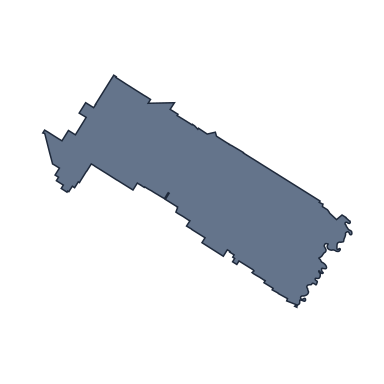 the district of Río Bravo, Tamaulipas, Mexico, rotated 122°
{"feature_id": "50627088B84741997482443", "entity_name": "Río Bravo", "entity_type": "district", "adm_level": 2, "iso_a3": "MEX", "parent_name": "Mexico", "parent_adm1": "Tamaulipas", "projection": "orthographic", "projection_center": [-98.021, 25.728], "detail": "fine", "context": "isolated", "style": "filled", "palette": "slate", "viewbox_px": 384, "rotation_deg": 122, "n_neighbors": 0, "source": "geoboundaries", "source_scale": "gbopen_adm2", "svg_char_len": 5697}
<svg xmlns="http://www.w3.org/2000/svg" viewBox="0 0 384 384"><g transform="rotate(122 192 192)"><path d="M134.4,320.3L137.1,320.2L137.2,320.3L140.0,320.3L152.1,320.3L166.4,320.3L168.9,320.3L168.8,320.0L172.6,320.1L172.6,329.5L184.9,329.5L184.8,321.3L205.3,321.2L205.3,325.3L205.3,329.4L217.5,329.4L217.6,333.5L217.5,345.9L217.6,349.8L221.0,349.8L220.4,348.0L221.5,346.7L222.0,346.2L234.1,333.6L241.7,325.5L242.0,325.3L242.1,325.0L242.0,323.2L242.0,317.1L250.2,317.1L250.2,313.0L254.3,313.0L254.3,304.8L258.3,304.8L258.4,297.9L257.1,297.9L257.1,297.7L257.0,296.6L254.3,296.6L250.5,296.5L250.6,293.8L243.7,293.8L243.7,292.4L242.0,292.5L231.3,292.5L229.8,292.3L221.6,292.3L221.5,290.4L221.5,288.4L221.6,288.2L221.6,271.9L221.7,262.1L221.6,261.3L221.6,243.1L213.4,243.1L213.4,239.3L213.2,239.3L213.2,239.1L213.4,238.3L213.4,237.4L213.4,236.6L213.4,234.9L212.8,234.9L212.7,233.9L212.7,230.9L212.6,228.9L212.5,227.4L212.4,226.8L212.5,226.6L212.5,225.8L212.5,224.9L212.5,222.4L212.4,219.9L212.4,217.2L212.3,213.9L212.2,212.2L212.3,211.8L210.7,211.8L209.4,211.8L206.7,211.9L205.2,211.8L205.2,210.7L212.4,210.7L212.4,201.1L212.4,197.9L212.3,196.3L213.2,196.2L213.3,195.8L215.2,195.5L217.6,195.0L217.7,192.4L217.5,186.6L217.7,179.6L217.5,179.3L217.5,178.5L223.8,178.6L223.7,172.9L223.9,172.3L223.8,172.0L223.9,171.9L223.9,165.3L223.9,158.7L223.9,156.7L229.7,156.7L229.9,131.4L222.3,131.4L222.3,128.2L223.0,128.2L223.0,123.0L225.7,122.9L225.7,120.6L229.7,120.6L229.7,115.6L225.6,115.6L225.6,99.3L225.6,99.1L226.1,97.6L228.5,98.4L228.7,96.7L228.6,92.4L228.4,88.6L228.5,88.5L228.5,86.5L228.6,83.3L228.4,83.3L228.4,82.9L230.8,82.9L230.7,75.6L230.7,72.2L232.5,72.2L232.1,65.4L232.4,65.1L231.8,54.5L234.2,54.0L232.3,43.9L234.5,44.4L234.2,42.0L233.7,42.3L233.3,42.4L233.0,42.5L232.4,42.5L231.8,42.5L230.3,41.8L229.6,41.7L229.0,41.9L227.8,42.6L226.8,43.2L226.5,43.2L226.4,43.1L226.2,42.8L225.9,42.2L225.7,41.4L225.5,40.6L225.4,39.8L225.1,38.8L224.8,38.5L224.6,38.4L224.3,38.3L223.8,38.3L223.4,38.5L222.9,38.8L222.5,39.2L222.5,39.4L222.4,39.9L222.5,40.1L222.8,40.5L223.8,41.0L224.3,41.4L224.5,41.6L224.8,42.0L224.9,42.4L224.9,42.6L224.8,43.1L224.4,43.7L223.9,44.0L223.4,44.2L223.1,44.2L222.7,44.1L221.9,43.6L221.7,43.3L220.8,41.9L219.3,40.7L218.8,40.4L217.9,40.0L217.4,39.9L216.7,39.8L215.5,40.0L214.9,40.3L214.6,40.6L214.4,41.0L214.0,41.5L213.6,42.0L212.7,42.7L212.5,43.1L212.2,43.9L212.1,44.0L211.7,44.3L211.3,44.6L211.0,44.6L210.4,44.6L209.8,44.5L209.0,43.9L208.5,43.4L208.1,42.8L207.8,42.3L207.5,41.9L207.1,41.7L205.8,41.6L205.4,41.3L205.2,40.9L205.0,39.6L205.0,38.7L205.1,38.2L205.1,37.8L205.0,37.6L204.8,37.6L204.3,37.5L201.8,38.1L201.5,38.4L201.3,38.9L201.3,39.1L201.3,40.1L201.3,40.6L201.1,40.9L200.7,41.3L200.2,41.6L199.9,41.6L199.5,41.3L199.1,40.3L198.7,39.5L198.5,39.3L198.2,38.9L197.8,38.7L197.5,38.5L196.9,38.5L196.3,38.5L195.7,38.6L195.1,38.9L194.0,39.5L193.5,39.9L193.3,40.1L193.1,40.6L192.7,41.7L192.4,42.2L192.0,42.6L191.9,42.6L191.6,42.6L191.5,42.3L191.5,42.0L191.7,41.5L192.1,40.8L192.3,40.2L192.4,39.7L192.3,38.9L192.1,38.4L191.8,38.1L191.4,37.9L191.2,37.9L191.0,38.0L190.8,38.2L190.8,38.4L190.8,38.9L190.7,39.2L190.2,40.1L189.8,40.5L189.0,41.0L188.6,41.3L188.3,41.5L188.1,41.5L187.9,41.4L187.6,41.0L187.4,40.6L187.3,40.1L186.9,39.2L186.6,38.6L186.5,38.3L186.2,38.0L185.9,37.8L185.6,37.7L185.3,37.7L184.7,37.9L184.1,38.5L183.5,39.3L183.2,40.1L183.0,40.5L182.8,41.4L182.6,42.9L182.7,45.0L182.2,46.0L182.1,46.3L181.7,46.7L181.3,47.5L181.1,48.6L181.1,48.9L180.9,49.3L180.7,49.4L180.4,49.3L179.3,48.6L178.7,48.3L177.9,48.0L177.1,47.9L175.9,47.9L174.6,47.8L173.6,47.7L172.3,47.1L171.6,47.1L171.3,47.1L170.5,47.4L170.0,47.7L169.3,48.7L167.9,51.2L167.7,51.3L167.2,51.5L166.9,51.6L166.0,51.6L165.3,51.6L165.1,51.5L164.6,50.8L164.2,49.8L164.0,49.4L163.9,49.2L164.0,49.1L164.3,48.9L165.5,48.8L166.0,48.7L166.6,48.5L167.0,48.2L167.3,47.8L167.7,47.3L168.0,46.5L168.1,45.6L168.1,45.0L167.9,44.1L167.7,43.5L167.5,43.0L167.0,42.3L166.7,42.1L166.5,41.9L166.2,41.4L166.1,41.1L165.8,40.0L165.8,38.4L165.5,37.4L164.9,36.5L164.7,36.2L164.2,35.9L163.8,35.8L163.1,35.7L162.4,35.7L162.2,35.8L161.8,36.1L161.7,36.5L161.7,36.8L161.9,37.1L162.1,37.2L163.0,37.5L163.4,37.8L163.6,38.3L163.6,38.7L163.4,38.9L162.5,39.6L162.1,39.8L160.8,40.6L159.3,41.3L158.8,41.4L158.4,41.5L157.5,41.2L156.7,40.7L156.1,40.1L156.0,39.8L155.8,39.2L155.4,38.8L154.6,37.9L154.3,37.6L154.1,37.4L153.9,37.3L153.4,37.3L151.8,38.0L150.3,38.3L149.0,38.5L146.9,39.1L146.3,39.6L146.0,39.8L145.8,39.9L145.3,40.0L144.8,39.9L143.7,39.4L143.4,39.2L143.2,38.9L143.1,38.5L143.1,37.8L143.2,37.5L143.4,37.0L144.0,36.3L144.1,36.0L144.3,35.5L144.3,35.1L144.2,34.8L143.9,34.4L143.5,34.3L143.2,34.2L142.8,34.3L142.5,34.4L141.8,34.9L141.2,35.4L140.9,35.9L140.8,36.2L140.7,36.9L140.9,39.0L140.7,39.8L140.5,40.4L139.8,41.7L139.6,42.4L139.4,42.7L139.1,43.2L138.5,43.9L138.4,44.0L138.3,44.6L138.2,44.9L138.1,45.1L137.6,45.5L137.2,45.7L136.7,45.8L136.4,45.6L136.2,45.5L135.7,44.9L135.6,44.6L135.6,44.3L135.7,43.6L135.7,42.8L135.5,42.4L135.3,41.9L135.1,41.7L134.6,41.6L134.1,41.6L133.8,41.8L133.0,42.5L133.2,42.8L132.4,47.3L132.3,48.0L132.0,48.0L132.0,52.6L138.8,54.8L137.1,63.7L136.8,64.5L136.4,65.1L136.0,65.9L135.3,67.8L135.3,72.9L135.3,73.1L135.3,73.6L133.2,74.5L132.9,74.5L133.0,75.1L133.4,78.6L131.8,78.6L131.7,161.0L131.7,164.8L131.8,165.0L131.7,165.1L131.7,169.1L131.3,169.2L131.6,183.1L132.0,185.6L131.7,185.6L131.8,188.8L131.7,200.8L130.6,202.0L128.9,203.9L134.8,209.8L134.5,220.3L135.7,220.3L134.5,224.8L134.4,227.6L135.0,227.6L135.0,239.3L135.1,245.1L133.5,245.1L133.5,254.3L125.6,254.2L140.0,276.2L135.5,276.2L135.4,281.3L135.5,284.4L135.4,304.7L135.3,308.9L135.2,317.3L134.4,317.3L134.4,320.3Z" fill="#64748b" stroke="#1e293b" stroke-width="1.5"/></g></svg>